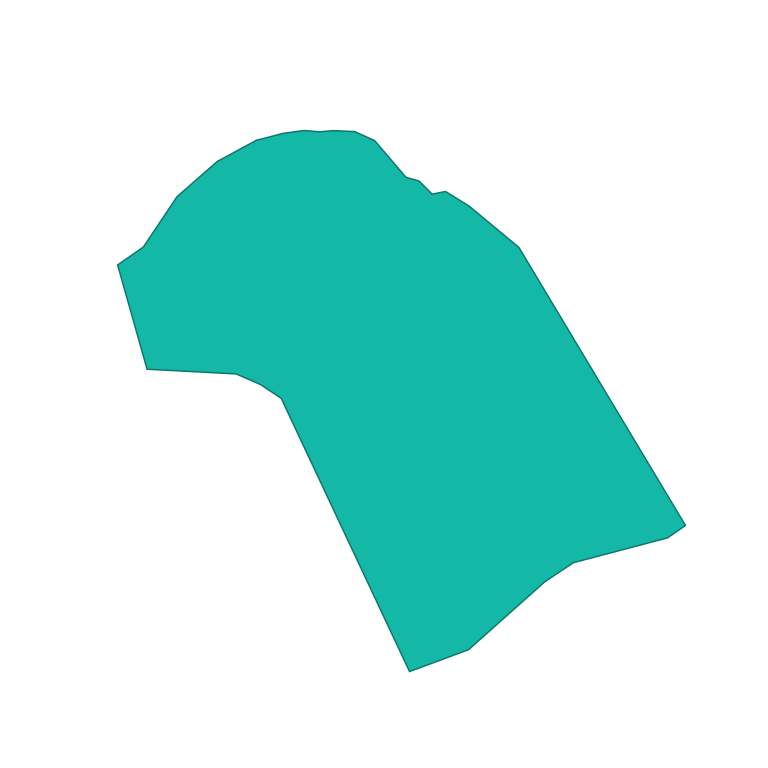 an SVG outline of Princes Town, rotated 333°
{"feature_id": "TTO-57", "entity_name": "Princes Town", "entity_type": "Region", "adm_level": 1, "iso_a3": "TTO", "parent_name": "Trinidad and Tobago", "parent_adm1": "", "projection": "equal_earth", "projection_center": [-61.291, 10.201], "detail": "fine", "context": "isolated", "style": "filled", "palette": "teal", "viewbox_px": 768, "rotation_deg": 333, "n_neighbors": 0, "source": "natural_earth", "source_scale": "10m", "svg_char_len": 507}
<svg xmlns="http://www.w3.org/2000/svg" viewBox="0 0 768 768"><g transform="rotate(333 384 384)"><path d="M588.4,646.9L566.8,649.8L471.7,629.2L437.5,633.2L338.8,659.1L276.2,651.8L285.9,350.1L273.8,328.6L256.8,307.9L179.6,263.3L200.7,157.0L231.8,152.7L284.7,123.1L336.6,110.0L381.0,108.9L408.0,114.9L427.8,121.8L441.0,130.0L453.6,135.1L472.5,145.8L486.2,163.0L497.4,209.8L507.4,219.1L513.1,236.7L526.2,240.4L540.6,264.1L566.2,323.6L588.4,646.9Z" fill="#14b8a6" stroke="#0f766e" stroke-width="1.5"/></g></svg>